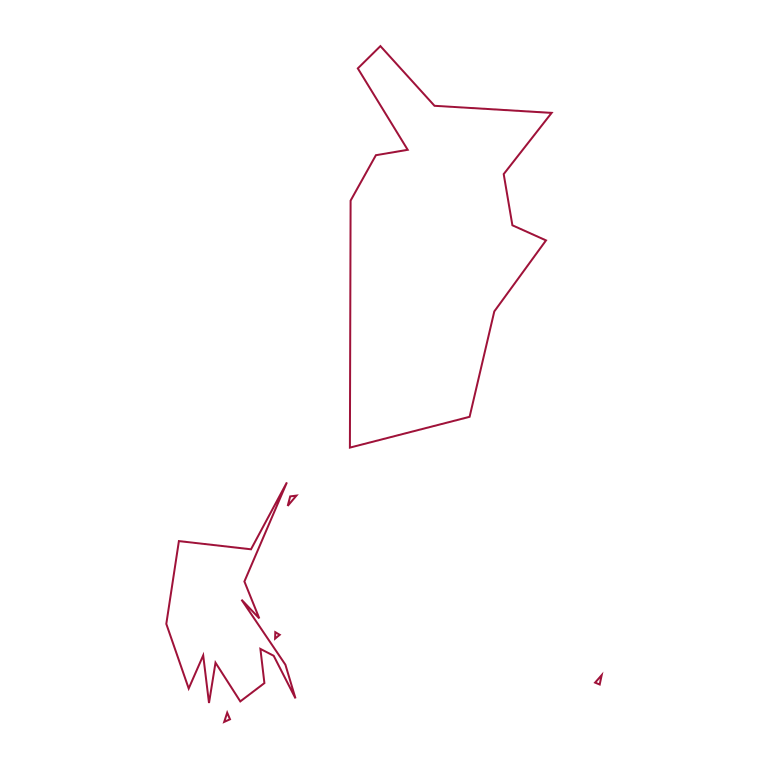 United States of America, Robinson projection, rotated 270°
{"feature_id": "USA", "entity_name": "United States of America", "entity_type": "country or territory", "adm_level": 0, "iso_a3": "USA", "parent_name": "North America", "parent_adm1": "", "projection": "robinson", "projection_center": [-126.716, 45.186], "detail": "coarse", "context": "isolated", "style": "outline", "palette": "rose", "viewbox_px": 768, "rotation_deg": 270, "n_neighbors": 0, "source": "natural_earth", "source_scale": "50m", "svg_char_len": 734}
<svg xmlns="http://www.w3.org/2000/svg" viewBox="0 0 768 768"><g transform="rotate(270 384 384)"><path d="M618.2,407.7L699.6,357.8L721.9,380.4L662.2,434.5L655.1,551.6L593.9,503.7L542.7,512.4L527.6,546.0L456.6,494.3L351.2,469.6L320.4,349.9L567.4,350.6L612.8,375.9L618.2,407.7ZM285.6,286.9L186.5,244.4L149.6,259.3L168.3,241.5L103.3,285.4L69.6,295.5L112.2,273.7L119.1,260.4L84.9,264.4L66.6,240.3L105.3,215.5L65.0,209.0L112.6,203.2L79.5,188.7L144.1,166.3L226.9,178.9L218.7,251.0L285.6,286.9ZM135.8,275.3L133.2,279.7L129.4,275.1L135.8,275.3ZM262.1,287.7L271.6,290.2L272.4,296.4L262.1,287.7ZM92.9,601.7L83.5,599.7L85.4,595.1L92.9,601.7ZM48.7,230.0L46.1,224.2L55.3,227.2L48.7,230.0Z" fill="none" stroke="#9f1239" stroke-width="2"/></g></svg>